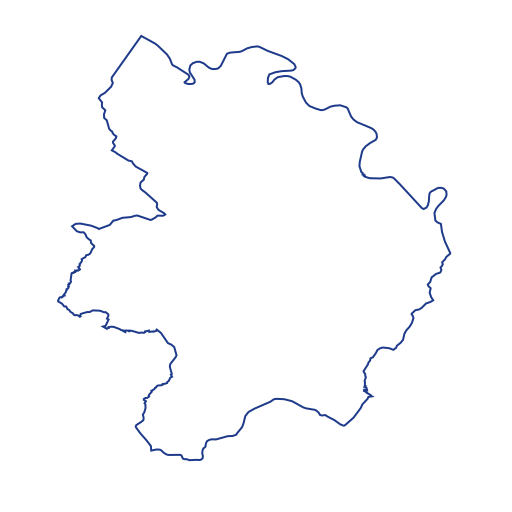 the district of Roldanillo, Valle del Cauca, Colombia, rotated 275°
{"feature_id": "7082276B62857285064431", "entity_name": "Roldanillo", "entity_type": "district", "adm_level": 2, "iso_a3": "COL", "parent_name": "Colombia", "parent_adm1": "Valle del Cauca", "projection": "equal_earth", "projection_center": [-76.188, 4.442], "detail": "fine", "context": "isolated", "style": "outline", "palette": "blue", "viewbox_px": 512, "rotation_deg": 275, "n_neighbors": 0, "source": "geoboundaries", "source_scale": "gbopen_adm2", "svg_char_len": 6008}
<svg xmlns="http://www.w3.org/2000/svg" viewBox="0 0 512 512"><g transform="rotate(275 256 256)"><path d="M304.1,437.4L305.4,433.6L307.0,431.6L314.3,430.0L318.5,431.3L321.8,433.3L327.7,438.2L331.5,440.1L333.6,440.5L337.0,439.9L339.5,437.2L340.1,434.4L339.7,431.4L335.2,424.5L333.6,423.5L332.0,423.3L325.4,423.4L321.6,422.8L319.1,421.6L317.4,418.9L318.2,417.0L339.9,393.2L345.3,386.8L346.1,385.3L346.4,382.7L344.1,373.3L343.4,362.4L344.5,357.5L345.0,356.7L345.7,357.1L345.9,356.4L346.5,356.6L346.6,356.0L346.1,355.8L346.4,355.0L348.2,354.9L348.7,353.7L354.5,351.2L359.1,351.2L369.2,352.6L371.3,353.3L374.9,355.8L378.4,359.7L382.1,365.1L384.7,366.2L388.1,365.5L390.2,364.2L392.3,361.9L393.5,359.5L398.1,345.0L400.4,341.3L403.2,338.6L411.0,334.4L412.0,333.1L413.5,326.8L412.6,321.3L411.3,317.2L408.0,311.9L407.1,309.4L407.0,307.6L408.2,302.1L410.1,296.1L413.2,292.4L418.7,288.8L422.1,287.4L427.0,286.6L430.8,285.0L432.9,283.3L435.1,280.3L437.6,274.6L438.0,272.0L437.8,268.6L436.1,262.2L433.4,259.0L430.7,257.3L429.0,255.4L428.4,254.0L428.6,253.2L430.3,252.5L434.5,252.4L438.1,253.5L440.8,259.4L442.4,265.6L443.8,275.1L444.5,277.1L446.5,278.9L447.8,279.0L450.5,277.4L454.8,270.9L457.5,264.1L461.3,250.0L464.7,241.0L464.9,239.0L463.8,233.5L462.1,229.1L458.8,224.0L458.0,222.1L456.3,212.2L454.9,209.4L442.4,204.4L439.6,202.0L439.0,200.4L438.4,196.6L438.8,194.6L439.7,192.4L443.3,187.2L444.6,183.0L444.2,179.7L442.5,176.2L440.1,174.0L435.7,173.3L433.0,174.2L426.3,179.4L423.9,179.8L422.8,179.1L422.0,177.8L421.5,175.1L421.5,173.1L422.1,170.4L422.9,169.7L426.4,173.2L427.8,173.8L428.8,174.0L430.7,172.9L437.1,160.7L438.5,157.1L439.4,155.8L445.0,153.0L449.0,149.8L457.1,139.7L458.7,137.2L465.2,122.5L421.3,96.8L418.8,96.8L415.9,98.3L412.0,96.9L405.3,91.2L402.5,87.2L399.5,85.6L395.6,89.3L392.9,89.3L390.7,89.8L388.0,93.2L383.9,92.2L380.3,92.7L378.2,95.5L370.0,98.6L368.6,99.9L367.3,102.0L366.1,102.4L364.5,103.8L363.0,106.5L360.8,106.0L357.4,103.5L356.1,103.8L353.8,105.7L352.9,105.7L348.7,103.2L347.1,106.9L345.8,108.8L340.0,120.5L339.5,124.1L337.5,125.4L334.6,128.4L329.3,140.4L328.3,140.4L325.2,138.0L322.1,137.5L319.2,134.6L316.1,134.3L313.4,135.0L312.3,136.0L309.4,140.6L300.5,152.5L298.8,153.0L296.2,152.8L294.2,154.2L293.1,155.5L290.5,161.0L289.4,162.0L288.0,159.8L287.6,154.3L285.9,152.9L283.2,149.1L282.7,147.8L286.0,134.2L285.5,131.8L283.9,128.1L282.4,119.6L279.7,113.9L278.8,110.8L274.2,107.6L269.2,97.1L269.9,96.0L271.9,88.9L273.0,78.1L272.3,73.6L269.6,70.2L265.1,75.3L264.2,78.8L264.6,82.0L264.1,82.9L262.0,84.7L260.1,85.5L258.1,88.0L257.1,90.0L254.5,90.6L251.9,93.9L250.9,94.0L248.3,92.1L245.0,91.1L243.5,90.1L242.6,88.8L242.0,86.8L240.0,86.1L237.7,82.6L236.5,83.1L234.8,82.6L234.1,81.8L233.0,81.7L232.5,80.9L230.8,81.3L229.6,79.9L229.2,80.5L228.6,80.4L227.5,81.8L227.1,81.7L225.8,79.8L226.2,79.0L225.5,78.4L225.7,77.1L224.3,77.3L224.0,75.8L223.2,75.7L223.1,74.2L222.7,73.8L215.4,73.4L214.3,74.0L212.3,72.9L212.2,72.0L211.3,72.3L211.0,71.5L209.5,72.1L209.0,71.5L208.2,72.0L207.1,71.4L206.3,70.1L205.3,70.4L204.5,69.8L203.2,69.6L200.8,68.1L200.0,68.7L199.7,67.4L198.9,67.5L198.4,66.3L197.8,66.1L197.9,64.7L197.4,63.9L194.3,62.7L193.4,63.0L191.7,66.8L189.1,69.3L189.1,71.3L186.6,72.9L185.8,74.8L184.2,76.0L183.0,78.5L181.7,79.5L181.2,80.6L181.5,82.3L181.3,84.1L180.1,85.8L180.6,86.5L181.3,86.1L183.0,86.4L185.4,92.5L185.7,95.2L187.6,98.1L187.9,105.3L186.7,109.7L187.0,111.0L185.1,113.9L183.6,114.2L180.6,113.0L179.9,114.7L173.3,112.2L172.4,109.7L170.5,113.7L171.0,113.9L171.6,115.7L172.3,115.4L172.9,117.7L173.0,120.4L171.3,126.6L170.5,128.0L170.2,130.6L169.6,130.4L168.8,132.5L170.4,132.7L170.6,136.0L170.0,136.0L170.0,136.5L170.6,136.6L170.7,138.5L169.2,146.1L169.8,149.3L169.7,151.1L170.6,152.3L171.2,152.1L172.4,155.9L171.1,156.3L171.9,160.1L171.6,160.3L172.8,163.4L173.8,163.6L174.6,162.7L171.1,168.0L161.5,175.9L160.3,179.5L158.1,182.5L150.1,185.5L148.1,184.7L141.0,180.1L139.4,179.8L137.8,179.9L131.2,182.4L130.4,181.6L128.4,182.9L127.4,181.3L124.0,180.0L122.7,178.6L121.7,178.5L120.6,175.9L120.4,174.2L119.6,174.2L119.1,173.4L118.4,169.5L117.2,168.1L116.4,168.0L115.9,167.0L114.6,166.4L112.5,163.5L111.7,164.0L108.5,161.6L107.6,161.3L106.9,161.8L106.1,161.2L105.1,159.8L105.0,158.3L103.7,156.7L102.9,156.8L101.7,159.0L99.6,157.8L98.4,158.8L94.8,159.2L90.4,158.3L88.1,157.1L85.3,158.1L83.2,158.2L82.5,158.0L80.7,156.1L77.2,151.6L75.9,151.0L74.8,151.4L69.7,155.8L62.9,162.9L57.6,167.8L53.0,168.6L54.6,173.8L54.7,177.0L54.3,178.3L52.0,181.2L50.5,184.1L50.2,186.1L51.3,198.1L50.8,199.1L47.9,200.8L47.4,201.9L47.5,204.8L46.8,207.4L47.8,214.9L47.8,217.4L48.2,218.7L49.4,220.2L50.4,220.5L52.3,220.5L54.8,219.6L57.9,219.7L59.7,220.4L61.5,222.2L65.0,222.5L67.2,223.3L68.7,225.4L69.5,227.7L69.8,232.2L74.0,243.4L74.7,248.5L76.3,252.0L77.3,252.3L84.4,257.1L88.5,258.2L95.6,259.3L99.9,262.1L103.8,267.8L112.0,282.9L114.9,286.4L115.5,289.0L115.8,296.7L114.5,304.6L109.3,316.3L108.6,319.1L107.9,327.9L107.3,329.5L105.6,331.9L103.1,333.8L102.9,335.9L103.6,338.9L102.4,341.0L99.3,348.5L95.7,354.5L94.7,357.6L94.7,358.6L95.7,359.9L103.5,367.3L113.7,373.6L117.3,374.8L123.3,379.5L125.3,380.2L126.3,383.7L127.1,381.9L127.1,382.7L127.4,382.4L129.5,378.0L130.0,378.3L131.0,375.3L132.2,375.4L132.2,378.3L134.4,377.5L135.0,375.5L135.7,376.1L135.7,375.7L139.4,375.6L140.8,375.1L144.9,376.0L146.4,375.2L148.0,375.1L149.5,373.7L150.6,373.2L157.9,377.0L159.7,377.3L161.8,378.8L164.1,379.0L165.3,381.3L169.8,383.9L173.0,385.2L174.7,387.4L175.7,389.6L175.9,391.4L175.7,396.9L174.5,401.0L176.7,403.5L179.0,404.3L182.2,407.7L185.4,409.8L191.4,410.6L195.0,412.2L199.1,415.3L203.1,417.2L207.9,418.3L209.9,417.5L211.7,416.0L212.7,416.6L215.9,419.5L217.0,423.2L218.7,425.5L223.5,429.5L225.4,433.7L227.3,436.4L230.4,434.0L234.5,432.2L239.1,432.8L240.8,430.6L242.5,429.6L245.4,431.8L250.0,432.8L253.9,437.0L255.3,440.5L256.2,441.3L258.3,441.9L260.7,440.8L262.4,442.2L264.1,442.8L265.9,442.0L269.2,444.6L271.8,445.8L275.2,449.2L275.8,449.3L286.8,443.0L296.2,439.2L304.1,437.4Z" fill="none" stroke="#1e3a8a" stroke-width="2"/></g></svg>